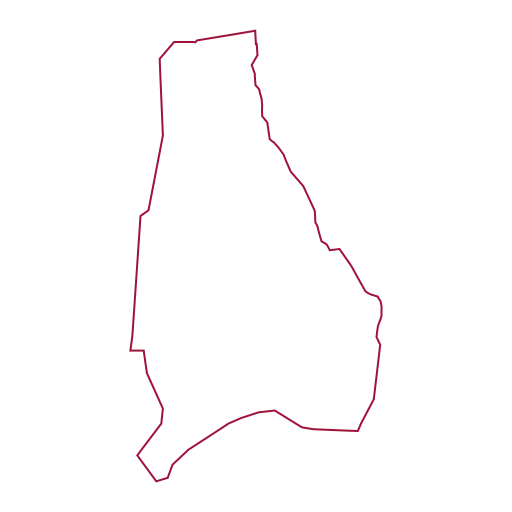 San Souci, Castries, Saint Lucia (Natural Earth projection)
{"feature_id": "8701671B431817219608", "entity_name": "San Souci", "entity_type": "district", "adm_level": 2, "iso_a3": "LCA", "parent_name": "Saint Lucia", "parent_adm1": "Castries", "projection": "natural_earth1", "projection_center": [-60.989, 14.017], "detail": "fine", "context": "isolated", "style": "outline", "palette": "rose", "viewbox_px": 512, "rotation_deg": 0, "n_neighbors": 0, "source": "geoboundaries", "source_scale": "gbopen_adm2", "svg_char_len": 1448}
<svg xmlns="http://www.w3.org/2000/svg" viewBox="0 0 512 512"><path d="M359.3,427.6L361.0,423.6L373.8,399.2L378.0,363.5L380.0,346.4L380.2,344.6L379.0,342.4L376.5,336.9L377.1,331.9L378.0,325.9L380.9,318.1L381.2,316.8L381.5,316.1L381.5,310.7L381.5,308.9L381.6,306.6L380.5,301.2L378.5,298.1L377.8,296.6L370.5,294.3L367.9,293.0L365.3,291.1L357.3,276.8L353.1,269.2L351.4,266.1L341.5,251.9L339.5,249.0L329.8,250.2L327.3,245.4L326.0,243.9L321.5,241.3L319.3,233.8L317.7,227.4L317.5,226.4L317.1,225.7L316.8,224.8L315.4,222.7L314.8,210.9L303.6,186.8L303.2,186.0L290.7,171.6L286.1,161.1L283.6,154.6L278.1,147.0L275.9,144.7L273.8,142.3L272.0,141.2L269.7,139.1L267.3,122.5L262.2,116.2L262.0,109.1L262.2,105.3L261.7,100.8L261.6,98.7L261.0,96.6L259.7,92.0L259.7,91.1L258.8,88.8L255.5,85.2L254.8,75.8L254.8,73.7L251.7,65.0L257.5,55.2L256.7,44.0L255.9,44.1L255.2,30.7L254.5,30.8L253.7,31.0L243.6,32.7L197.1,40.4L195.9,41.6L195.2,42.3L193.2,42.0L174.1,42.0L159.7,58.8L160.3,74.9L162.9,135.5L155.1,176.0L148.5,210.3L145.5,212.4L140.5,216.0L137.5,260.2L132.4,335.6L130.4,350.6L143.7,350.6L146.9,373.1L162.9,408.6L161.8,418.8L161.3,423.6L141.8,449.3L137.3,455.4L143.0,463.2L156.3,481.3L167.7,477.8L172.5,464.7L174.1,463.2L188.4,449.7L217.2,431.0L222.1,427.8L228.4,423.6L238.4,419.2L241.2,418.0L258.7,412.3L260.0,412.2L274.7,410.5L296.5,424.0L301.9,427.3L306.0,428.0L313.1,429.2L343.9,430.5L357.8,431.0L359.3,427.6Z" fill="none" stroke="#9f1239" stroke-width="2"/></svg>